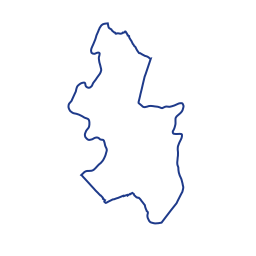 outline of Ben Cau, Tây Ninh, Vietnam, rotated 221°
{"feature_id": "81297802B61263365113672", "entity_name": "Ben Cau", "entity_type": "district", "adm_level": 2, "iso_a3": "VNM", "parent_name": "Vietnam", "parent_adm1": "Tây Ninh", "projection": "equal_earth", "projection_center": [106.154, 11.13], "detail": "fine", "context": "isolated", "style": "outline", "palette": "blue", "viewbox_px": 256, "rotation_deg": 221, "n_neighbors": 0, "source": "geoboundaries", "source_scale": "gbopen_adm2", "svg_char_len": 5682}
<svg xmlns="http://www.w3.org/2000/svg" viewBox="0 0 256 256"><g transform="rotate(221 128 128)"><path d="M132.4,61.8L131.6,61.9L130.8,61.8L129.5,61.6L128.3,61.5L120.4,60.6L118.0,60.3L114.4,59.9L111.3,59.5L108.0,59.3L107.3,59.2L104.7,59.0L104.4,59.2L101.5,58.9L101.1,58.8L101.0,58.7L100.7,58.3L100.5,58.1L100.2,58.1L99.7,58.4L98.7,58.2L98.3,58.3L98.0,58.4L97.7,57.0L97.4,56.8L95.9,56.8L95.6,56.9L95.5,57.1L95.2,57.7L94.2,60.4L93.7,61.5L92.7,64.0L92.5,64.3L92.3,64.5L92.2,64.6L91.8,65.0L90.5,67.4L89.7,68.6L88.6,70.8L87.0,74.0L86.8,74.2L86.6,74.2L86.4,74.0L84.7,77.0L84.0,76.7L83.2,79.6L82.8,79.6L82.3,81.5L82.1,81.9L81.5,81.9L80.9,81.9L80.4,82.0L80.1,81.9L79.6,81.6L79.2,81.4L78.8,81.3L78.7,81.3L78.2,81.4L77.2,81.3L76.4,81.3L75.9,81.3L75.4,81.7L75.1,81.7L74.8,81.8L74.5,82.0L74.3,82.3L74.2,82.4L73.9,82.4L73.2,82.4L72.1,82.3L71.4,82.2L70.0,81.8L69.2,81.7L67.2,81.3L64.8,80.8L64.6,80.8L63.4,79.8L61.7,78.8L60.7,78.3L59.8,77.9L59.4,77.6L59.0,77.6L58.1,77.6L57.4,77.1L57.1,76.7L56.2,75.0L55.3,74.0L54.3,73.2L53.5,72.8L52.3,72.3L51.2,71.8L50.4,71.7L49.6,71.6L48.7,71.8L47.4,72.4L46.2,73.0L44.9,73.8L43.4,75.3L42.6,76.1L41.8,77.1L40.6,78.6L41.0,84.6L41.6,94.2L41.9,100.8L42.0,103.1L42.7,105.6L44.0,110.8L44.7,113.6L45.1,115.5L46.5,118.2L47.1,119.2L47.8,119.9L49.1,120.8L50.6,122.0L53.5,124.0L54.3,124.5L55.8,125.2L57.8,126.1L60.4,127.7L62.4,129.4L64.0,131.1L64.4,131.4L66.5,132.6L67.3,133.3L68.4,134.5L69.3,135.8L70.4,137.3L71.2,138.4L72.1,139.8L74.0,142.1L75.0,143.1L76.2,144.2L77.3,145.5L78.0,146.5L78.3,147.0L78.8,148.3L79.4,149.9L79.7,150.8L80.5,153.9L81.0,155.5L81.7,156.9L82.4,157.8L83.0,158.4L83.5,158.5L84.0,158.3L85.0,157.6L86.8,155.9L87.9,154.9L88.9,154.2L89.9,153.6L90.3,153.6L90.7,153.7L91.1,153.9L91.6,154.4L92.0,154.9L92.4,156.8L92.8,158.1L93.4,159.5L94.5,161.7L95.2,162.7L96.9,164.6L98.1,166.0L98.5,166.6L98.7,167.2L98.9,168.5L98.8,169.6L98.6,171.0L98.3,173.1L98.2,174.2L98.2,175.2L98.3,176.3L98.6,177.4L99.6,179.6L100.1,180.5L100.6,181.1L102.0,181.9L103.0,182.2L103.5,182.1L104.3,181.5L105.1,180.7L105.8,179.7L107.8,175.4L109.2,173.1L110.2,171.7L110.9,170.9L111.6,170.5L112.7,169.7L113.4,169.1L114.0,168.2L114.8,166.4L115.1,165.6L115.7,165.1L116.3,164.8L117.6,164.4L119.4,163.6L120.6,162.8L122.2,161.7L123.5,160.9L125.3,159.6L126.3,158.6L126.8,158.0L127.5,156.8L128.3,155.7L128.9,154.9L129.3,154.5L130.0,154.1L131.0,153.8L132.2,153.9L135.9,153.8L136.3,153.8L136.7,154.1L137.2,154.8L138.4,157.2L139.9,160.1L140.7,161.5L143.2,166.4L145.6,170.9L149.1,177.6L150.1,180.3L156.3,195.3L156.5,195.0L157.0,194.8L158.5,194.8L158.9,194.8L159.5,194.7L160.4,194.5L161.4,194.1L162.9,193.4L163.3,193.3L163.8,193.3L164.3,193.2L165.3,192.8L166.3,192.8L166.8,192.6L167.8,192.5L168.0,192.4L168.5,191.9L168.9,191.8L171.8,192.5L173.5,193.1L175.3,193.9L175.8,194.0L177.2,194.0L177.5,194.1L178.5,194.5L178.8,194.6L179.5,194.6L179.8,194.7L180.8,195.2L182.6,195.9L182.7,196.0L183.7,196.2L184.3,196.4L185.8,196.9L186.4,197.1L187.1,197.7L187.5,198.1L187.8,198.0L188.0,197.8L188.4,197.8L188.9,197.6L189.0,197.7L189.4,198.1L189.5,198.2L189.8,198.2L190.4,198.3L191.0,198.7L192.0,198.7L192.5,199.0L192.8,199.2L193.0,199.2L193.3,199.1L193.4,198.9L193.5,198.8L193.4,198.4L193.4,198.2L193.5,198.1L193.7,197.7L193.7,197.3L193.9,197.0L194.1,196.7L194.5,196.6L194.6,195.5L194.7,195.3L195.0,194.9L195.2,194.6L195.7,194.1L196.4,193.7L197.1,193.3L197.8,192.8L198.2,192.4L198.7,191.5L199.2,191.1L199.4,191.1L199.7,191.3L199.9,191.5L200.3,191.5L200.8,191.2L201.2,191.1L201.8,191.1L202.1,191.1L203.3,191.0L204.5,191.2L205.2,191.5L207.2,191.1L208.2,191.1L209.1,191.5L210.4,192.5L211.9,193.7L213.4,192.1L214.3,191.0L215.1,189.6L215.3,188.6L215.4,188.1L215.4,187.5L215.2,186.2L215.1,185.1L214.7,184.0L214.4,182.8L214.0,181.8L213.2,179.3L212.6,177.3L211.5,175.0L210.7,173.1L209.1,168.3L208.4,165.9L207.8,164.1L207.3,163.1L206.6,162.1L205.7,161.4L205.0,160.9L204.2,160.9L203.3,161.1L202.1,161.9L201.7,162.4L200.9,164.1L200.5,164.7L200.2,165.1L199.8,165.5L199.2,165.8L198.7,165.8L198.4,165.7L198.2,165.5L197.7,164.8L197.1,163.8L196.5,162.5L196.1,161.9L195.5,161.2L193.9,159.8L192.7,158.8L190.1,157.1L188.3,155.8L187.0,154.9L186.1,154.0L185.6,152.9L185.2,152.0L184.8,150.4L184.7,149.2L184.4,145.8L184.2,144.1L184.1,143.6L183.9,140.3L183.8,139.1L183.4,137.7L183.0,136.5L182.9,135.7L183.0,134.9L183.2,133.8L183.5,133.3L183.9,132.7L184.7,132.2L185.6,131.9L186.4,131.8L187.2,131.9L188.0,132.3L189.0,133.1L189.5,133.5L190.0,133.7L190.4,133.7L190.9,133.5L191.2,133.2L191.8,132.5L192.6,131.3L193.0,130.3L193.3,129.1L193.5,127.9L193.6,126.9L193.5,125.9L193.2,125.0L192.7,123.8L191.3,121.2L190.8,119.4L188.8,112.6L188.5,111.8L188.4,111.2L188.4,110.9L188.4,107.8L188.2,107.2L188.0,106.6L187.4,105.7L186.7,104.8L185.4,103.9L184.0,103.3L182.7,102.9L181.1,103.0L180.0,103.1L178.9,103.4L177.6,104.1L176.2,104.9L173.8,105.9L172.7,106.2L171.2,106.6L169.9,106.9L168.0,107.2L166.7,107.6L165.6,108.1L164.6,108.4L163.8,108.6L163.2,108.5L162.1,108.0L160.9,107.0L159.5,105.4L158.9,104.5L158.3,103.5L158.0,102.6L157.9,102.0L157.8,99.1L157.6,98.0L156.7,95.5L156.2,94.7L155.7,94.2L155.2,93.8L154.8,93.5L154.2,93.2L152.3,92.9L151.1,92.9L150.2,93.1L149.5,93.5L148.9,94.2L148.3,95.0L147.5,96.2L147.1,97.4L146.7,98.5L146.1,99.5L145.4,100.3L144.5,100.9L143.2,101.2L142.2,101.1L141.4,101.2L140.3,101.8L139.2,102.6L138.7,102.7L137.9,102.6L137.2,102.2L135.9,101.4L134.2,100.1L132.9,99.3L131.0,98.5L130.3,98.1L129.4,97.3L128.8,96.2L127.9,94.2L127.6,93.7L127.3,93.0L126.8,91.7L126.1,89.3L125.7,87.5L125.6,86.4L125.6,85.1L125.6,83.8L126.0,81.5L126.1,80.1L126.2,76.2L126.4,74.5L126.5,73.8L126.9,72.8L127.5,71.8L129.2,70.1L130.4,69.0L131.1,68.2L131.5,67.5L131.8,66.7L132.0,66.2L132.1,64.8L132.4,61.8Z" fill="none" stroke="#1e3a8a" stroke-width="2"/></g></svg>